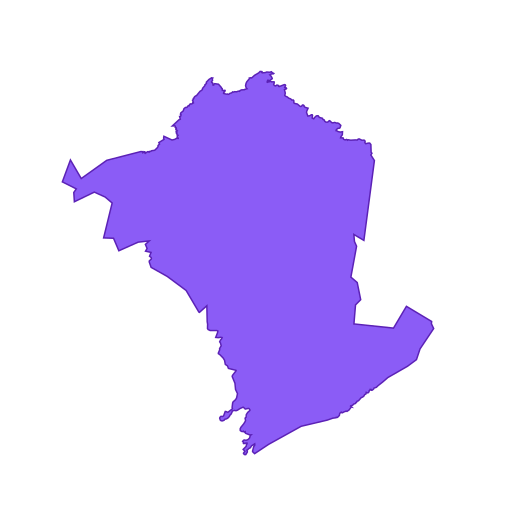 the district of Moris, Chihuahua, Mexico, rotated 247°
{"feature_id": "50627088B15555770686399", "entity_name": "Moris", "entity_type": "district", "adm_level": 2, "iso_a3": "MEX", "parent_name": "Mexico", "parent_adm1": "Chihuahua", "projection": "equal_earth", "projection_center": [-108.616, 28.165], "detail": "fine", "context": "isolated", "style": "filled", "palette": "violet", "viewbox_px": 512, "rotation_deg": 247, "n_neighbors": 0, "source": "geoboundaries", "source_scale": "gbopen_adm2", "svg_char_len": 6076}
<svg xmlns="http://www.w3.org/2000/svg" viewBox="0 0 512 512"><g transform="rotate(247 256 256)"><path d="M416.9,122.7L399.9,106.7L388.0,116.8L385.7,113.1L376.9,110.0L378.0,132.1L369.2,140.2L361.0,144.3L332.2,122.8L328.0,131.8L314.4,131.8L314.8,152.9L311.6,163.6L309.9,158.7L305.5,158.7L303.6,156.2L300.3,160.8L297.4,157.9L295.6,158.9L294.7,158.8L294.0,158.2L293.2,155.9L292.3,155.4L286.5,155.0L271.9,166.3L251.6,178.2L226.7,181.5L226.2,181.9L229.4,191.3L214.6,185.4L212.1,184.8L208.2,183.0L207.0,183.2L205.3,184.7L202.7,190.8L201.9,191.6L200.4,190.6L196.8,187.1L195.5,189.5L195.0,191.7L194.2,192.9L193.1,191.9L192.5,190.5L191.2,189.0L190.0,189.3L187.0,188.9L185.0,186.3L183.8,185.9L181.4,183.4L180.8,183.2L179.3,184.2L174.9,185.9L172.4,186.3L168.2,185.4L166.0,186.8L163.3,186.7L158.6,192.9L158.2,192.9L155.3,187.7L154.4,187.0L147.1,186.9L141.1,185.0L136.6,185.2L133.4,183.0L132.5,182.2L131.4,180.2L130.8,178.1L129.9,177.1L125.9,174.8L125.0,174.8L124.5,174.3L123.2,169.4L123.3,168.8L124.7,167.5L124.9,166.9L121.5,163.7L121.3,162.6L122.1,161.1L121.6,159.8L120.9,159.2L118.9,159.0L117.9,159.6L117.3,160.8L117.3,162.5L117.9,163.5L117.6,165.4L118.0,167.4L119.0,169.2L119.6,169.6L120.0,171.0L121.3,172.6L122.6,173.7L122.3,175.8L121.4,177.1L121.3,178.7L121.8,181.5L121.9,184.8L121.7,185.3L119.3,186.3L118.7,189.4L118.2,190.0L116.9,190.3L116.2,190.0L115.3,187.3L113.8,185.1L111.5,183.9L111.0,182.6L108.7,182.1L108.0,181.5L106.3,179.1L104.2,175.1L103.1,173.9L101.5,173.3L100.2,174.1L99.4,175.5L99.6,176.0L98.5,176.5L98.5,177.4L97.5,177.0L96.8,177.2L93.8,180.3L93.3,181.6L92.9,180.5L91.0,179.0L90.2,177.1L90.2,174.9L91.3,173.2L91.1,172.2L90.5,171.2L89.4,171.7L88.4,171.2L88.0,171.5L87.7,173.8L87.2,174.7L86.4,174.2L86.1,173.4L84.7,172.7L83.0,168.6L80.6,169.5L79.4,167.4L78.0,167.6L77.4,168.2L77.2,169.0L78.9,171.4L79.9,171.8L80.7,171.7L81.0,172.0L81.0,172.8L81.5,173.9L81.7,175.9L83.0,177.7L83.6,181.4L82.4,181.0L81.4,179.4L77.9,176.7L77.2,176.4L74.6,177.5L77.7,194.1L81.6,231.1L77.1,257.4L76.7,263.3L75.9,266.3L76.2,266.8L75.8,267.1L75.6,268.0L76.6,270.4L78.4,271.6L78.9,273.1L78.8,273.7L78.1,273.8L77.9,274.3L78.1,275.8L78.0,278.4L77.4,279.0L77.9,281.5L79.8,284.7L79.6,285.0L80.9,284.4L81.1,284.7L80.8,286.5L81.5,287.9L81.4,290.1L82.1,290.7L82.1,291.5L82.8,292.2L82.7,293.8L84.5,297.5L84.5,299.0L84.8,300.4L85.9,301.8L86.1,303.4L87.4,304.2L86.4,305.2L86.3,305.9L86.8,306.9L87.9,307.7L87.9,308.5L88.6,308.9L88.2,309.8L87.3,309.9L87.1,310.7L87.6,312.3L88.3,313.0L88.1,315.5L89.0,317.8L90.5,323.4L92.6,329.9L95.3,352.4L97.9,363.2L106.4,370.7L119.8,391.2L125.1,391.0L127.1,392.1L150.9,374.8L135.9,354.4L155.2,319.6L172.1,328.5L174.9,335.3L192.0,338.8L199.5,335.1L225.7,352.4L230.9,352.3L237.6,354.5L228.2,361.4L297.6,402.3L304.1,401.2L305.3,402.9L306.5,402.5L313.7,405.3L315.5,404.8L316.1,403.3L316.5,400.9L317.8,400.5L318.8,401.2L319.8,401.2L320.4,400.8L321.2,398.7L323.4,396.8L323.7,395.8L323.2,394.6L323.4,394.1L324.0,392.9L325.6,388.4L327.1,386.1L326.8,385.5L327.9,384.9L328.0,383.5L328.5,382.9L329.3,382.2L330.7,382.3L331.7,380.0L332.5,380.6L333.8,382.8L336.6,384.2L337.2,381.9L338.6,380.0L339.7,379.3L340.1,378.7L340.7,379.1L341.5,381.0L341.0,383.0L341.6,383.8L343.1,385.1L345.7,384.0L346.6,383.0L346.9,382.0L348.2,380.7L348.5,378.8L349.1,377.9L351.8,376.7L351.9,376.1L351.4,375.0L351.3,373.9L352.0,372.6L353.2,371.9L354.5,372.0L355.5,371.0L356.8,371.0L358.8,368.5L360.8,368.0L361.3,366.8L361.3,365.9L360.4,363.6L359.8,363.1L359.8,362.6L361.1,361.6L363.4,363.0L364.1,362.9L364.4,362.2L364.1,360.3L364.6,358.4L368.4,358.6L369.5,359.3L371.7,361.7L373.6,359.4L374.9,358.7L375.7,359.0L376.7,358.3L376.8,357.7L376.1,356.4L376.1,355.7L376.8,354.9L379.7,353.5L381.4,351.1L382.2,350.7L384.1,351.5L385.0,351.3L385.6,349.9L387.1,349.3L388.5,347.8L390.3,346.9L391.3,345.8L392.5,345.2L394.5,346.6L398.1,347.2L398.0,349.2L398.3,349.6L398.9,349.5L400.0,348.3L401.3,349.8L402.0,349.9L402.7,349.1L402.9,343.5L403.4,343.1L404.1,343.4L405.2,342.1L404.9,340.5L405.7,339.5L407.0,339.3L408.3,340.5L409.3,340.7L410.2,338.5L411.2,337.4L411.1,336.5L411.5,335.8L411.3,334.6L411.8,334.2L413.2,335.4L412.9,336.1L412.0,336.3L412.8,340.1L413.2,340.4L415.6,340.2L417.4,339.5L417.5,341.5L416.9,343.2L417.1,343.7L418.4,342.6L419.6,342.2L419.8,340.4L421.2,337.7L421.2,336.2L422.1,333.5L422.5,333.1L423.3,333.6L423.6,333.4L423.8,332.4L424.3,332.0L423.5,330.0L422.9,325.3L421.6,321.6L422.1,320.9L422.4,319.5L422.0,319.5L419.9,315.5L418.8,314.3L416.8,312.9L414.8,312.7L413.5,313.1L413.7,312.2L413.5,311.6L413.8,310.8L413.6,310.2L414.6,307.5L414.5,305.8L414.0,305.2L414.7,304.1L414.7,302.4L415.6,300.5L415.7,299.1L416.2,298.7L415.7,297.3L415.9,295.5L415.5,294.0L415.8,293.3L416.3,293.0L416.5,292.0L418.3,289.7L419.1,290.2L419.5,291.4L420.3,292.2L420.7,292.1L420.9,290.5L421.8,290.2L421.8,289.8L423.4,290.3L423.9,289.9L424.9,289.9L428.8,288.6L430.8,285.3L430.6,284.3L429.9,283.9L430.0,283.3L432.3,283.7L433.1,283.0L433.7,283.1L434.6,284.6L436.4,285.0L436.7,285.7L437.4,284.8L436.9,281.7L435.4,278.2L434.2,277.8L433.6,275.9L432.8,275.5L431.2,272.3L430.2,271.7L429.7,270.4L429.5,268.9L426.9,263.9L426.9,262.8L426.5,261.5L425.6,260.7L425.7,260.2L425.2,259.6L424.6,259.5L424.2,258.4L422.4,258.4L422.0,257.8L421.4,258.1L421.1,256.2L421.7,254.9L421.4,254.6L421.2,253.8L420.4,253.1L420.8,252.3L419.8,250.4L420.3,249.1L419.8,247.3L418.0,245.7L417.1,242.7L416.0,241.8L415.2,242.2L414.0,241.1L414.3,240.2L411.5,239.8L411.5,238.3L408.4,229.8L407.5,232.2L406.8,232.4L406.1,231.9L405.3,232.6L404.5,232.5L404.3,231.8L403.3,231.7L403.1,232.2L402.0,232.5L401.6,231.1L400.7,231.4L400.4,230.7L399.3,231.1L398.4,230.6L397.6,231.4L397.0,230.4L396.0,229.8L394.9,230.3L394.5,231.0L394.6,230.3L395.4,229.1L395.1,226.8L395.6,224.0L402.2,218.0L400.6,217.0L399.3,216.9L398.4,210.9L396.7,210.9L396.0,209.0L395.1,208.7L394.3,207.6L392.9,204.0L393.7,201.1L393.5,200.6L393.8,198.9L393.4,198.7L393.4,198.1L394.2,197.5L394.4,197.0L393.8,194.1L394.6,193.9L394.8,194.4L395.4,194.4L395.6,193.9L395.3,193.3L395.3,192.2L396.3,192.6L396.6,191.6L397.1,191.1L402.4,156.0L395.6,125.4L416.9,122.7Z" fill="#8b5cf6" stroke="#5b21b6" stroke-width="1.5"/></g></svg>